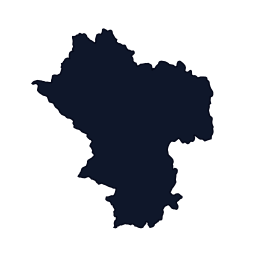 Jequitinhonha, Minas Gerais, Brazil, rotated 82°
{"feature_id": "56859067B30834416316700", "entity_name": "Jequitinhonha", "entity_type": "district", "adm_level": 2, "iso_a3": "BRA", "parent_name": "Brazil", "parent_adm1": "Minas Gerais", "projection": "orthographic", "projection_center": [-41.068, -16.402], "detail": "fine", "context": "isolated", "style": "filled", "palette": "ink", "viewbox_px": 256, "rotation_deg": 82, "n_neighbors": 0, "source": "geoboundaries", "source_scale": "gbopen_adm2", "svg_char_len": 5784}
<svg xmlns="http://www.w3.org/2000/svg" viewBox="0 0 256 256"><g transform="rotate(82 128 128)"><path d="M150.1,47.3L147.2,46.7L145.6,45.3L144.0,44.6L142.9,44.4L140.3,44.5L138.8,43.7L137.1,44.2L134.9,44.5L133.2,44.3L130.8,43.5L129.8,43.5L129.2,43.8L127.8,45.2L126.9,45.6L122.1,46.1L121.2,45.9L118.6,44.8L116.2,44.6L115.6,43.9L115.1,42.9L112.4,43.1L109.1,42.4L108.4,42.0L108.3,41.1L107.8,40.1L106.8,39.6L104.7,39.3L103.7,39.4L100.5,40.8L98.5,41.3L96.3,41.6L93.8,41.5L92.4,42.3L91.3,43.4L90.4,43.2L89.3,43.3L88.8,43.9L88.5,44.6L87.8,48.9L88.2,51.3L88.1,52.3L86.7,53.2L86.0,53.9L85.7,54.6L85.5,56.3L84.4,57.7L83.7,57.9L82.9,57.7L80.5,57.5L79.9,57.9L80.0,58.7L80.9,60.0L81.2,60.9L81.2,61.7L80.5,63.2L79.8,63.7L79.0,63.9L76.4,63.0L75.6,63.0L74.1,63.3L71.8,64.8L69.5,67.0L69.2,67.9L69.5,69.1L71.1,70.1L73.7,70.8L74.2,72.4L74.0,73.3L72.7,74.1L72.3,74.7L71.0,78.6L70.1,79.1L69.3,79.9L67.8,82.1L66.7,85.7L66.8,87.1L67.4,88.0L69.1,88.8L70.8,91.3L72.8,92.9L73.2,94.0L72.8,94.7L73.5,95.1L73.7,95.8L71.7,96.2L69.8,96.2L68.9,96.5L67.0,99.1L67.1,100.3L66.8,101.4L67.0,105.4L66.8,106.5L68.0,108.8L68.2,110.0L67.2,110.7L65.1,111.1L64.2,112.7L62.9,113.8L61.9,113.9L60.8,113.7L59.4,113.8L57.4,114.7L56.6,114.4L56.1,113.3L54.7,111.6L53.6,111.5L52.7,112.0L52.6,113.9L52.1,114.8L51.5,115.4L51.2,116.9L49.1,118.5L46.4,119.2L45.7,119.7L45.5,122.0L43.8,123.9L43.0,126.0L41.3,127.7L40.3,127.6L38.8,127.0L38.4,127.7L37.0,128.7L32.2,130.6L31.0,130.5L29.9,130.6L29.0,131.4L28.9,132.4L29.5,134.5L29.1,135.3L28.3,136.0L26.7,138.2L26.9,139.3L29.1,139.8L30.8,140.7L31.7,141.7L31.1,143.3L31.0,144.1L31.5,145.7L35.5,147.5L37.8,147.7L38.5,148.0L39.1,148.5L39.3,149.3L36.5,152.4L35.8,153.6L35.0,154.3L34.1,154.7L32.8,156.1L30.8,156.5L29.5,157.2L28.9,158.0L28.7,158.7L29.1,159.8L29.0,160.8L27.8,162.5L28.1,163.3L29.0,163.6L29.0,165.5L30.0,167.2L30.1,168.4L29.9,170.0L31.0,170.2L32.9,170.0L34.5,170.0L37.6,170.8L39.7,170.2L42.1,171.8L43.2,171.8L44.2,171.4L44.5,172.1L44.3,172.9L45.0,174.5L45.7,175.2L47.5,175.8L51.0,176.2L51.1,177.0L50.6,177.8L50.6,178.7L51.0,180.2L51.6,180.9L52.7,181.5L53.3,182.4L54.3,183.0L55.0,183.9L55.1,184.7L56.9,184.6L57.7,185.2L58.9,185.5L59.6,185.0L60.6,184.9L61.2,185.6L62.3,185.9L65.1,187.5L66.2,190.6L66.1,191.3L65.5,193.2L65.5,194.1L65.9,195.3L68.4,196.0L69.9,196.8L72.1,197.2L72.4,198.1L72.3,199.2L71.5,201.8L71.5,203.1L70.5,204.9L70.1,206.4L69.6,207.2L68.5,211.2L69.0,214.6L69.5,215.5L70.5,216.7L71.3,215.9L70.9,213.5L71.2,212.5L71.7,211.8L73.3,210.8L74.0,210.8L77.4,212.0L78.3,212.1L79.6,211.3L80.6,210.6L83.5,207.3L84.3,205.2L85.4,203.6L86.1,203.2L90.5,202.3L91.2,201.9L92.1,199.7L93.1,198.1L95.3,197.5L97.1,196.7L99.5,194.4L101.1,193.6L102.8,193.2L105.2,191.5L106.9,188.6L107.7,187.9L108.6,187.4L109.5,186.4L110.1,184.0L111.2,182.5L112.5,181.3L113.4,180.9L114.5,180.9L115.3,181.6L116.0,181.6L118.2,180.6L119.1,181.2L119.8,181.2L121.5,178.7L122.3,176.7L123.4,175.2L125.0,174.2L125.6,173.4L127.3,170.5L128.6,168.7L129.6,169.3L130.6,169.6L132.4,168.5L133.0,167.8L133.6,167.5L134.4,166.0L135.4,165.5L136.5,165.3L137.5,165.8L138.3,166.8L140.4,168.0L141.3,167.7L141.7,167.0L144.6,166.1L145.4,165.9L147.0,166.6L147.7,166.3L149.4,165.0L150.6,165.1L151.6,166.0L152.1,167.0L152.8,167.7L154.5,171.8L155.4,172.5L157.1,172.8L159.6,174.1L160.2,174.6L161.3,178.2L162.1,179.2L164.9,180.5L165.9,181.5L167.4,182.3L167.9,183.2L168.9,183.9L169.6,183.0L169.9,181.1L170.4,180.4L171.1,177.6L170.4,174.7L170.5,173.4L171.7,172.1L173.3,171.1L173.5,170.1L175.4,167.3L177.4,166.4L178.5,165.3L179.3,164.9L179.3,163.9L178.9,162.8L178.9,161.7L179.3,160.8L179.9,160.1L180.8,158.2L183.1,154.8L184.3,152.1L185.2,151.0L185.5,150.1L185.4,149.3L185.7,148.6L186.4,148.3L187.6,148.3L190.7,149.6L192.6,150.9L193.3,151.9L193.0,153.9L193.7,157.0L193.5,158.9L195.4,159.7L196.2,159.3L196.8,158.7L197.4,157.8L197.8,156.6L198.5,155.7L199.4,155.3L201.5,154.8L202.3,153.4L203.0,153.2L203.7,153.4L206.3,152.2L207.1,152.2L208.1,152.5L209.1,153.6L210.2,153.4L212.7,153.8L213.8,153.2L214.2,151.8L215.2,151.7L215.9,152.0L216.8,152.1L217.4,152.5L218.3,153.8L219.9,154.5L220.7,154.7L223.5,154.6L224.4,155.5L224.9,154.3L224.6,153.1L223.4,152.7L223.5,151.6L223.3,150.7L222.6,149.7L222.9,147.6L222.5,146.7L222.5,145.5L222.0,144.7L222.1,143.9L222.5,143.1L222.9,141.0L224.0,138.7L223.4,137.8L223.5,136.8L224.1,135.8L224.9,134.9L225.9,134.6L226.1,133.4L227.6,131.2L228.4,129.0L228.2,127.2L227.3,126.6L224.9,123.9L223.8,123.7L223.2,122.8L223.8,121.6L224.7,121.1L225.4,121.0L226.1,121.4L226.8,121.2L227.5,120.7L229.2,120.1L229.3,119.3L228.9,117.1L228.4,116.3L227.7,115.7L226.6,115.4L226.2,114.7L225.9,113.7L224.9,112.2L224.7,111.3L223.8,111.0L223.4,110.2L223.3,107.6L222.6,107.2L219.4,106.5L218.5,105.8L216.6,105.0L215.7,104.9L213.7,105.3L210.8,103.0L210.4,102.3L209.4,99.4L209.6,98.2L210.4,97.4L213.4,95.5L214.2,94.0L214.3,93.1L215.1,91.3L214.8,90.6L214.1,90.0L212.5,89.6L211.6,89.7L209.6,90.5L208.4,90.6L207.6,90.2L206.5,88.1L205.3,86.8L204.7,84.7L204.0,84.2L203.3,84.3L202.6,85.3L201.0,86.6L200.3,87.5L200.2,88.6L200.3,89.8L201.2,91.5L200.9,92.7L200.4,93.8L198.0,95.4L197.0,95.3L196.6,94.8L193.3,92.6L192.5,91.6L190.2,89.6L189.2,89.1L188.8,88.6L188.0,88.3L185.8,88.5L182.2,87.5L180.8,87.4L178.8,85.8L177.1,85.3L176.0,85.4L175.2,86.1L174.9,86.7L174.7,87.4L175.4,88.3L175.2,89.2L173.6,89.5L171.6,89.1L170.4,89.4L169.6,89.1L168.0,88.2L167.1,88.1L165.5,88.3L164.1,89.1L160.8,91.6L159.9,92.1L157.2,92.1L155.3,92.3L154.1,92.0L152.0,91.2L149.0,89.4L147.0,87.3L147.0,86.0L147.6,84.0L147.3,83.0L145.2,79.8L145.3,78.9L146.7,77.7L148.3,77.1L150.1,76.0L150.2,74.9L149.5,74.0L149.7,73.2L151.1,71.9L151.7,70.9L151.3,69.8L149.7,68.2L149.7,67.4L150.1,65.7L149.6,65.0L149.0,64.3L148.2,64.0L147.1,63.6L145.0,63.9L144.4,63.3L145.1,61.9L148.3,58.8L148.9,57.8L149.2,55.6L151.3,53.7L150.6,50.8L150.1,47.3Z" fill="#0f172a" stroke="#020617" stroke-width="1.5"/></g></svg>